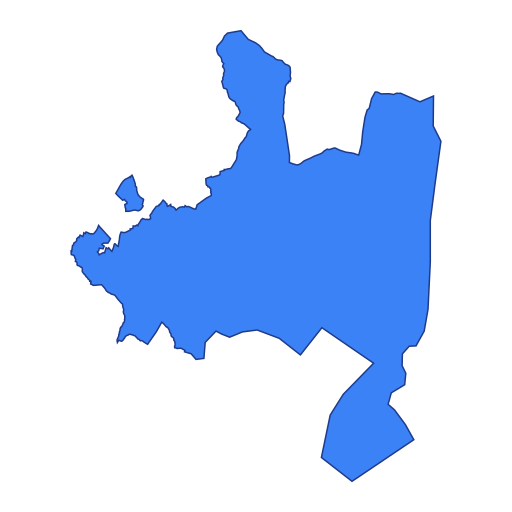 Egbeda, Oyo, Nigeria (Equal Earth projection)
{"feature_id": "59680162B66692684641238", "entity_name": "Egbeda", "entity_type": "district", "adm_level": 2, "iso_a3": "NGA", "parent_name": "Nigeria", "parent_adm1": "Oyo", "projection": "equal_earth", "projection_center": [3.978, 7.391], "detail": "fine", "context": "isolated", "style": "filled", "palette": "blue", "viewbox_px": 512, "rotation_deg": 0, "n_neighbors": 0, "source": "geoboundaries", "source_scale": "gbopen_adm2", "svg_char_len": 5979}
<svg xmlns="http://www.w3.org/2000/svg" viewBox="0 0 512 512"><path d="M430.3,261.8L430.3,220.5L435.0,184.1L440.9,141.3L433.2,126.0L433.5,96.0L419.9,101.8L400.5,93.2L398.7,93.4L397.0,93.2L395.3,93.7L393.9,94.5L388.9,93.7L381.0,93.9L378.7,92.7L377.0,92.0L375.2,92.0L371.6,98.6L369.2,108.3L367.1,110.1L365.0,117.2L362.7,131.8L361.5,144.5L358.7,155.0L356.1,154.3L354.6,153.6L350.7,152.8L346.0,152.2L339.8,150.2L335.2,148.0L333.7,148.1L329.2,149.6L327.2,149.1L324.0,151.1L322.3,152.8L320.5,153.8L314.1,156.2L310.7,158.0L304.2,160.8L300.7,163.6L298.4,164.7L296.7,164.9L292.8,163.8L289.4,162.5L289.5,155.7L284.8,124.5L282.7,116.0L283.6,113.3L283.7,104.7L284.1,102.5L283.7,100.2L284.6,94.9L285.1,93.1L285.1,89.6L285.3,88.5L285.2,87.6L285.6,85.9L286.5,84.4L287.5,83.3L288.4,82.8L288.5,81.4L289.9,81.6L290.8,78.7L290.1,75.7L290.5,72.4L290.1,67.3L289.3,66.1L287.8,65.1L285.4,64.3L283.4,62.4L282.1,60.7L280.8,60.3L277.0,59.8L275.0,58.6L274.5,57.9L272.9,56.5L271.5,56.0L264.4,51.9L261.8,48.2L259.3,45.5L255.7,42.9L248.3,39.4L241.0,30.7L227.5,33.1L224.5,36.0L222.5,40.2L217.3,46.2L216.6,49.3L217.2,52.0L218.4,54.8L219.5,55.7L221.1,57.6L221.8,60.2L221.9,61.5L223.8,63.6L222.9,65.4L222.6,66.7L224.2,68.8L224.5,71.0L224.4,71.6L223.6,73.3L223.6,75.6L222.8,77.8L222.9,79.6L221.8,81.3L223.5,87.8L224.1,88.4L226.0,88.8L226.9,89.6L227.3,90.8L227.4,92.2L227.8,92.8L228.8,96.8L229.8,98.4L230.7,99.2L233.4,101.0L233.6,100.8L234.6,101.2L235.1,101.8L236.0,104.7L236.4,105.4L238.3,107.1L238.7,108.8L239.7,110.6L240.1,112.6L238.1,116.3L236.9,117.4L236.4,118.2L236.2,119.3L238.4,121.1L240.4,121.8L241.4,122.8L243.8,123.7L245.3,124.8L248.8,128.0L250.4,129.1L250.6,129.6L248.6,130.8L247.4,132.7L246.2,136.7L244.9,138.0L243.1,140.9L240.7,143.6L238.9,146.7L238.6,148.6L237.1,152.3L237.1,155.6L236.4,159.6L231.8,167.0L230.6,168.5L227.1,169.0L226.0,169.5L224.2,169.5L224.2,170.4L220.1,171.6L220.0,174.6L218.9,175.2L212.1,177.3L211.6,177.0L211.1,176.4L210.6,176.9L207.6,177.9L205.8,178.8L206.1,183.8L206.3,184.7L206.7,185.3L207.6,185.7L207.9,186.8L209.2,187.0L210.0,188.3L210.4,188.4L210.8,189.1L210.7,190.9L211.0,191.6L210.7,192.2L210.8,192.9L211.3,193.4L211.3,195.5L206.4,198.1L197.1,204.8L196.5,207.1L196.3,207.2L196.0,208.8L195.6,208.7L195.1,209.1L194.2,209.1L193.5,208.6L192.3,208.3L191.8,207.9L188.5,206.5L186.5,206.7L185.1,205.6L184.5,207.0L182.9,206.8L180.2,207.1L178.3,208.1L176.1,210.1L175.6,209.7L175.3,208.7L173.6,207.1L171.0,206.4L170.7,204.5L167.7,206.4L167.0,205.8L167.0,204.0L166.3,203.6L164.7,201.5L163.1,200.1L160.2,204.1L159.1,204.5L159.1,205.6L156.3,206.4L152.5,211.5L151.7,213.2L150.6,214.4L150.0,215.4L150.7,218.3L150.1,218.7L149.8,219.4L147.4,219.5L147.0,219.2L145.6,219.5L142.4,218.5L141.8,219.4L141.2,219.6L140.2,221.5L138.3,224.4L137.8,225.7L136.9,225.0L135.1,226.1L133.2,225.9L132.8,228.5L130.2,228.9L130.4,230.0L125.7,232.3L124.2,232.6L121.1,232.1L120.5,233.4L119.7,236.1L119.3,240.1L119.0,241.2L119.1,242.0L118.6,243.4L118.2,246.4L117.0,245.8L115.1,243.8L114.6,243.8L114.2,244.4L113.5,247.5L111.9,251.4L111.5,251.1L108.7,247.8L107.9,248.8L106.1,247.7L104.6,252.8L103.6,252.6L102.8,252.8L99.2,254.8L99.0,254.0L97.4,251.9L98.7,250.8L99.3,248.2L103.1,248.8L104.2,246.1L103.6,245.6L102.1,244.9L102.0,244.1L103.2,243.3L103.9,243.1L107.9,243.1L109.2,241.2L110.5,238.7L99.9,227.0L98.6,225.4L97.4,228.6L96.4,230.4L94.0,233.4L92.7,234.0L91.7,233.7L90.6,234.0L89.7,233.4L88.5,233.4L88.0,232.7L86.0,232.0L85.3,233.6L83.8,232.8L83.3,235.3L82.8,236.5L80.1,235.1L78.9,237.5L78.5,237.1L76.9,238.5L76.6,239.7L76.8,240.3L75.8,241.8L73.8,243.1L73.5,244.8L72.5,245.5L71.7,251.2L71.1,251.0L71.1,252.3L71.3,254.6L73.2,255.1L74.3,256.0L75.2,258.7L75.8,259.2L75.4,261.5L76.5,261.9L76.9,262.5L77.1,263.3L77.0,264.5L77.4,265.4L79.2,265.9L80.7,267.1L81.4,267.1L81.9,267.5L82.4,269.1L82.2,271.1L82.6,272.1L84.0,274.0L85.3,275.2L86.2,276.8L87.3,277.5L88.2,279.1L89.1,279.7L89.7,280.5L89.7,281.3L90.3,281.3L90.6,281.0L90.9,281.2L91.0,281.6L90.6,283.9L93.4,285.4L101.6,284.7L104.8,288.3L106.5,291.1L107.5,291.7L108.1,292.4L109.8,293.0L111.1,294.0L114.2,294.9L115.1,295.5L117.7,299.0L121.4,303.2L122.6,304.1L122.6,305.7L123.0,307.5L123.6,309.1L123.7,310.4L123.3,311.6L123.5,313.0L124.8,315.8L124.8,318.7L124.5,319.3L124.7,320.4L124.0,322.3L123.8,322.7L123.3,322.8L122.9,324.2L121.8,326.4L121.5,326.8L121.1,326.9L120.6,327.4L120.5,328.1L120.2,328.3L119.9,330.8L119.3,332.1L119.5,333.4L118.8,334.3L118.7,336.0L117.1,339.7L117.1,340.9L117.4,342.5L118.8,340.3L121.2,341.2L122.2,341.0L122.7,340.3L123.4,339.8L123.7,339.0L124.4,338.4L125.4,336.5L127.3,335.2L128.1,335.1L128.8,334.5L129.5,334.3L131.4,334.5L131.7,334.8L132.8,334.9L133.3,335.3L134.6,335.7L135.7,336.4L136.0,337.0L136.5,337.4L137.9,339.0L139.2,339.5L140.0,340.6L140.4,340.8L141.4,340.6L142.5,340.9L144.1,342.2L147.6,344.3L156.3,331.8L161.8,322.1L163.9,324.0L166.4,327.0L167.1,327.1L167.7,327.6L169.0,329.5L169.5,330.7L169.6,331.9L171.0,334.1L171.1,335.6L171.5,336.5L173.1,337.6L173.8,338.5L173.8,340.2L174.7,341.3L175.2,344.4L174.5,346.8L174.9,347.9L175.7,347.8L177.1,348.5L180.9,348.2L184.9,350.3L184.5,351.8L191.2,353.8L196.0,359.4L203.9,358.4L205.2,342.4L216.0,331.1L221.5,334.0L229.6,337.2L242.5,331.9L257.2,330.0L279.2,338.3L300.4,354.9L321.9,327.7L373.6,363.2L343.2,394.4L330.2,415.1L321.4,457.5L352.0,481.3L413.8,439.7L405.3,424.5L394.5,409.9L388.1,404.3L391.3,392.8L404.7,384.7L405.8,373.3L402.1,365.7L402.4,353.9L409.2,346.2L416.0,345.9L424.2,331.1L428.0,309.3L430.3,261.8ZM120.8,184.5L115.8,193.4L117.7,195.5L122.7,200.3L124.5,199.4L125.2,200.6L127.0,202.2L127.0,203.4L124.8,204.5L125.3,207.9L125.7,208.3L125.8,211.3L129.2,211.3L134.5,210.0L138.4,210.8L140.6,209.7L142.8,206.8L143.1,205.9L142.5,205.1L142.3,204.4L142.7,203.6L142.8,202.6L143.6,199.8L143.0,198.8L142.4,198.6L139.5,196.6L139.4,196.2L138.6,195.4L138.3,194.8L138.0,194.6L136.8,190.8L136.5,187.0L135.4,186.3L135.3,184.0L134.1,180.2L132.5,176.1L132.0,175.2L130.3,177.2L130.1,176.6L128.7,177.6L125.1,179.4L123.2,181.1L120.8,184.5Z" fill="#3b82f6" stroke="#1e3a8a" stroke-width="1.5"/></svg>